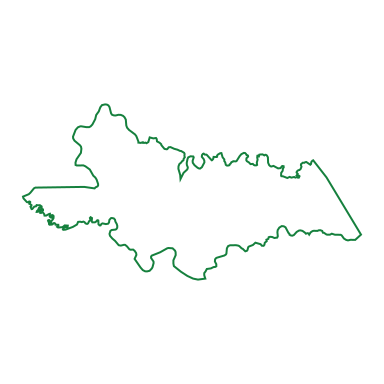 Boane, Maputo, Mozambique, rotated 90°
{"feature_id": "85939544B68927430168058", "entity_name": "Boane", "entity_type": "district", "adm_level": 2, "iso_a3": "MOZ", "parent_name": "Mozambique", "parent_adm1": "Maputo", "projection": "robinson", "projection_center": [32.342, -26.029], "detail": "fine", "context": "isolated", "style": "outline", "palette": "green", "viewbox_px": 384, "rotation_deg": 90, "n_neighbors": 0, "source": "geoboundaries", "source_scale": "gbopen_adm2", "svg_char_len": 6096}
<svg xmlns="http://www.w3.org/2000/svg" viewBox="0 0 384 384"><g transform="rotate(90 192 192)"><path d="M266.3,167.7L264.2,167.7L261.5,169.1L259.3,168.9L258.1,167.9L257.7,167.1L255.5,159.6L254.5,158.1L253.6,157.6L248.3,157.1L246.1,155.9L245.3,154.0L245.2,148.0L245.6,145.8L246.1,144.7L248.4,142.3L248.8,141.3L251.3,138.7L250.8,137.1L250.0,136.5L247.2,135.8L246.5,135.0L245.0,131.1L242.7,128.6L244.2,123.4L245.7,122.2L245.8,120.4L244.8,119.6L242.7,119.2L241.2,117.3L239.7,117.6L238.9,115.7L237.2,115.3L236.8,113.9L237.0,111.8L238.0,109.6L237.6,106.8L236.2,106.2L232.3,106.6L230.1,106.3L227.6,104.7L226.1,102.3L226.3,100.2L227.3,98.5L233.0,95.5L233.6,94.7L234.7,94.5L235.4,93.3L235.7,91.8L235.1,90.2L231.9,87.3L230.5,84.9L230.4,83.5L230.9,81.5L232.7,79.0L233.7,78.1L233.2,76.7L233.4,75.5L234.6,74.8L232.3,73.3L231.1,71.5L230.8,70.3L230.9,66.5L230.3,65.3L230.2,63.7L230.9,61.8L232.7,61.1L232.8,60.0L234.4,57.7L234.7,56.8L234.7,54.1L233.7,52.2L234.7,49.2L234.8,43.3L235.4,42.3L238.5,40.1L239.9,37.9L240.4,36.0L239.8,33.5L239.9,28.8L234.6,23.0L177.4,57.5L160.3,70.8L160.7,71.6L162.1,72.7L164.0,73.0L164.7,73.7L162.0,77.7L162.2,78.8L162.8,79.7L162.7,81.2L164.2,83.0L165.2,83.1L166.7,82.5L169.0,83.4L170.0,84.5L170.2,85.6L170.9,86.6L172.1,87.4L172.6,87.4L173.8,86.3L175.2,87.2L175.5,85.4L176.2,84.5L177.6,85.1L177.7,86.0L177.1,87.1L177.6,88.7L177.0,89.8L177.6,92.7L176.9,94.3L178.0,96.7L176.3,101.0L176.2,102.6L175.7,102.9L172.8,102.8L170.9,101.4L168.4,101.0L167.4,100.3L166.2,100.4L166.0,101.5L166.3,102.2L168.1,103.4L168.4,105.9L165.9,110.5L166.5,112.6L166.3,113.5L165.2,114.8L162.7,115.9L157.3,116.1L155.5,117.1L154.8,118.2L154.8,118.8L155.4,119.7L154.4,121.4L154.5,123.8L154.7,124.7L156.5,125.1L156.5,125.6L155.6,126.1L155.7,126.6L157.6,126.8L159.6,126.4L162.7,127.2L164.9,126.9L165.3,127.5L165.4,129.1L165.0,130.1L163.9,131.2L164.1,133.5L162.4,135.1L161.2,137.1L160.2,137.7L158.7,137.6L158.2,137.5L156.6,135.9L155.7,136.0L155.2,136.5L155.1,137.4L153.8,138.1L153.0,139.0L152.9,140.2L154.2,142.7L156.2,144.4L161.0,147.4L161.4,148.2L161.2,150.8L161.7,151.2L162.1,152.5L163.6,153.4L164.3,154.3L165.2,154.6L165.6,156.1L165.5,157.3L164.8,158.2L162.3,158.8L161.1,159.7L159.4,159.7L157.3,161.4L153.1,162.6L153.2,163.8L154.5,166.0L155.5,166.9L156.8,166.9L157.0,167.2L156.9,170.4L158.9,170.8L160.2,171.9L160.3,172.3L154.9,177.2L154.6,177.7L154.6,179.2L153.6,180.3L153.9,181.1L155.1,182.0L156.8,182.2L159.1,180.3L160.7,179.7L162.4,179.6L167.2,182.1L168.6,184.0L168.4,185.2L167.7,186.5L165.2,189.5L162.8,191.2L160.9,191.4L157.4,190.3L156.5,190.7L156.3,193.5L157.4,195.8L159.1,196.5L163.0,197.3L165.1,197.1L167.3,196.2L168.7,196.4L169.7,197.0L172.8,200.4L179.0,203.5L175.0,203.8L168.8,205.6L166.3,205.5L164.0,204.6L162.5,202.8L161.3,202.0L160.3,200.6L158.7,200.3L157.2,199.2L155.9,199.6L153.9,199.4L152.8,199.9L151.0,202.9L150.9,204.0L149.7,206.5L148.8,209.8L147.1,213.5L147.3,215.3L149.1,216.7L149.3,217.2L148.9,219.5L145.2,222.6L144.2,222.8L142.7,224.5L141.4,227.0L139.0,227.3L138.0,228.0L138.4,230.7L137.4,234.3L142.1,235.7L143.2,237.5L142.6,238.6L142.9,239.6L142.8,241.4L142.3,241.4L142.9,243.4L142.6,245.6L141.9,245.5L138.1,246.9L136.1,247.7L134.4,249.0L130.0,254.9L127.7,256.9L125.5,257.7L119.6,258.2L117.2,259.5L115.8,261.0L114.9,263.2L114.8,265.6L115.5,268.4L115.4,270.1L114.8,271.9L113.4,272.9L107.1,274.5L105.4,275.6L104.6,277.1L104.4,278.9L105.1,282.0L107.3,283.7L111.4,285.2L115.0,287.8L119.2,288.8L124.5,291.6L126.4,293.4L127.1,294.8L127.1,297.9L126.3,302.8L126.3,303.6L127.3,306.1L129.9,308.4L136.7,311.0L138.5,310.8L140.7,309.5L145.3,304.0L146.7,303.0L148.8,302.6L152.9,303.1L159.3,307.5L162.6,308.5L165.0,308.4L165.5,307.1L165.4,300.6L166.3,298.6L169.5,294.2L175.7,290.7L177.5,288.7L179.6,287.4L184.0,285.9L185.5,285.9L186.4,286.5L187.4,288.5L188.4,289.4L186.9,299.8L187.6,348.6L188.3,350.0L192.7,353.6L194.2,355.2L196.6,361.0L198.4,360.5L202.1,357.1L202.3,355.8L201.6,355.1L201.5,354.4L201.9,353.8L202.4,353.8L203.3,354.7L203.8,354.7L204.3,353.5L205.1,352.5L205.9,352.6L206.7,353.5L209.1,352.4L209.0,351.7L206.6,349.7L206.3,348.0L205.1,347.4L205.3,345.9L205.2,344.1L206.4,342.4L207.1,342.3L207.4,342.8L207.2,344.0L208.0,345.1L209.8,345.8L211.1,347.1L211.9,347.3L211.8,346.0L210.1,344.5L208.7,342.3L209.4,341.0L210.2,341.0L210.3,342.6L210.8,343.6L211.3,343.9L212.8,343.9L213.0,343.0L212.4,342.2L212.2,341.3L214.1,339.8L215.6,339.5L215.6,337.9L213.9,334.7L213.8,334.1L216.5,334.3L217.4,333.4L217.8,332.0L217.4,331.5L216.4,332.3L215.3,332.4L215.0,331.9L215.5,330.8L216.1,330.4L218.2,330.5L219.6,331.3L221.1,332.7L223.3,332.8L223.7,333.4L223.1,334.4L221.0,334.2L220.1,334.6L220.1,335.6L220.7,336.0L222.9,335.0L224.1,335.0L224.7,334.5L224.6,332.1L224.2,331.3L223.2,330.5L223.1,329.5L223.6,328.8L224.7,328.5L224.8,325.7L225.6,325.6L226.8,326.9L227.5,325.9L227.2,321.8L226.7,320.8L225.4,319.3L225.6,316.2L227.0,316.4L227.2,318.9L228.0,320.6L229.5,321.1L229.8,320.7L229.6,318.4L226.9,311.1L224.5,307.0L221.9,305.9L221.7,303.9L222.1,302.2L221.6,300.6L222.2,299.4L223.4,298.5L223.9,297.0L223.8,296.5L223.3,295.9L221.2,294.9L220.4,293.9L219.7,293.6L218.0,294.1L217.2,293.4L218.1,292.0L221.3,292.3L222.3,291.7L222.3,289.0L221.6,287.9L220.3,286.8L220.2,286.2L220.5,285.7L224.3,285.5L225.4,284.4L225.4,283.5L223.9,282.5L223.4,281.5L224.1,278.1L223.7,275.9L222.5,275.0L219.9,274.6L218.2,273.1L218.0,272.2L218.4,270.2L219.7,269.0L221.6,268.6L223.9,267.3L225.9,266.7L227.8,266.8L229.2,267.7L229.6,268.6L230.0,272.3L230.9,273.6L233.9,274.5L235.8,274.0L238.5,271.7L240.9,268.9L245.2,265.3L245.6,263.2L244.8,260.0L244.9,258.8L246.4,257.0L249.2,254.7L249.7,253.6L249.6,250.8L250.9,249.3L253.0,247.9L254.9,247.6L258.9,249.4L267.6,243.4L270.1,241.2L271.3,238.9L271.4,237.0L270.8,234.4L268.5,232.2L267.2,231.5L263.1,230.4L261.5,230.5L258.0,232.9L256.5,232.9L255.6,232.2L252.3,223.9L248.3,216.8L248.0,215.6L248.3,211.4L250.6,209.0L252.1,208.4L255.1,208.3L260.3,210.6L263.5,210.6L266.1,210.1L271.7,203.1L275.9,196.7L278.6,190.9L279.6,186.0L278.6,178.7L275.5,179.7L273.9,179.8L273.0,179.7L271.5,178.5L269.0,177.2L268.4,173.1L267.1,170.5L266.9,168.7L266.3,167.7Z" fill="none" stroke="#15803d" stroke-width="2"/></g></svg>